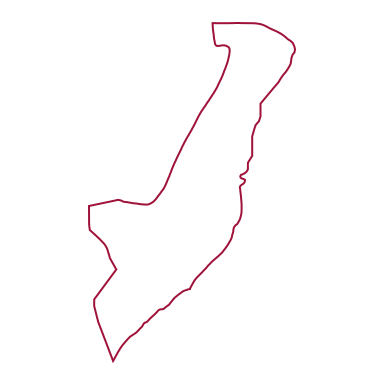 Nati', Al Bayda', Yemen
{"feature_id": "15242507B51557666361412", "entity_name": "Nati'", "entity_type": "district", "adm_level": 2, "iso_a3": "YEM", "parent_name": "Yemen", "parent_adm1": "Al Bayda'", "projection": "orthographic", "projection_center": [45.582, 14.537], "detail": "fine", "context": "isolated", "style": "outline", "palette": "rose", "viewbox_px": 384, "rotation_deg": 0, "n_neighbors": 0, "source": "geoboundaries", "source_scale": "gbopen_adm2", "svg_char_len": 4872}
<svg xmlns="http://www.w3.org/2000/svg" viewBox="0 0 384 384"><path d="M101.4,240.9L104.3,243.9L106.0,246.5L106.5,247.5L107.2,248.9L107.9,251.2L108.1,251.9L108.4,252.9L109.5,256.3L109.7,257.7L116.3,269.5L94.4,299.1L94.2,299.4L94.2,303.8L94.2,306.1L98.3,322.3L99.0,324.0L104.7,338.9L113.1,361.0L113.7,360.0L114.4,358.7L115.1,357.3L116.1,355.5L116.9,354.1L117.7,352.6L118.7,351.0L119.5,349.6L120.4,348.2L121.4,346.7L122.5,345.2L123.6,343.9L124.8,342.5L125.9,341.2L127.1,339.9L128.4,338.4L129.9,336.9L131.2,335.9L132.5,335.1L134.2,334.0L135.5,333.1L136.8,332.1L138.0,330.7L139.1,329.6L140.3,328.3L141.5,327.2L142.5,325.9L143.3,324.3L144.5,322.8L145.9,322.4L147.3,321.6L148.3,320.5L149.4,319.2L150.6,318.1L151.7,317.0L153.0,315.9L154.2,314.8L155.4,313.6L156.5,312.5L157.8,311.0L157.9,310.9L158.9,309.9L160.6,309.3L162.1,309.3L163.8,308.8L165.0,307.7L166.4,306.6L167.8,305.6L169.1,304.7L169.9,303.5L170.9,302.3L172.2,300.7L173.1,299.5L174.4,298.0L175.7,296.9L177.0,295.8L178.2,294.8L179.5,293.9L180.8,292.9L182.1,291.9L183.4,291.1L184.8,290.5L186.2,290.1L187.7,289.5L189.3,289.1L190.0,289.0L190.0,288.7L190.7,287.2L191.4,285.9L192.2,284.5L193.0,283.0L193.8,281.6L194.7,280.2L195.7,278.9L197.0,277.4L198.2,276.2L199.5,274.9L200.5,273.9L201.6,272.8L202.9,271.4L204.0,270.2L205.2,269.0L205.5,268.7L206.7,267.4L207.9,265.8L209.3,264.4L210.5,263.2L211.5,262.1L212.7,261.0L214.3,259.6L215.9,258.2L217.4,256.9L218.7,255.8L219.8,254.7L221.2,253.4L222.4,252.2L223.5,250.7L224.5,249.4L224.9,249.0L225.5,248.1L226.6,246.6L227.5,245.3L228.4,243.9L229.2,242.4L230.2,240.8L230.9,239.4L231.6,237.9L232.0,236.1L232.4,234.4L232.9,232.9L233.3,231.3L233.4,229.7L233.7,228.1L234.5,226.5L235.7,225.1L237.0,224.3L238.0,222.9L238.7,221.5L239.5,220.1L240.1,218.7L240.6,216.9L241.1,215.0L241.4,213.5L241.5,211.8L241.6,210.2L241.6,208.8L241.6,208.5L241.6,206.4L241.6,204.5L241.5,203.0L241.4,201.3L241.2,199.7L241.1,197.9L240.9,195.9L240.7,194.2L240.5,192.4L240.3,190.9L240.2,189.3L239.8,187.5L240.3,186.0L241.4,185.0L242.8,184.1L244.0,183.1L244.8,181.6L245.0,179.9L243.6,179.0L242.1,178.6L240.7,177.8L240.3,176.3L240.9,174.9L242.4,174.4L243.8,173.7L244.2,173.5L245.1,172.9L246.3,171.9L247.3,170.6L247.9,169.1L247.9,167.5L247.9,165.9L247.9,164.1L248.0,162.8L248.0,162.6L252.2,155.9L252.2,136.4L253.9,130.4L255.5,125.3L259.0,121.1L260.5,116.4L260.5,108.6L260.5,103.7L261.6,102.3L274.4,87.0L276.5,84.6L278.5,82.2L280.0,79.7L281.7,77.0L283.5,74.6L285.5,72.3L285.6,72.2L287.4,69.6L289.1,66.8L290.6,63.9L291.1,60.9L291.5,57.8L292.6,54.7L294.5,52.3L295.0,49.2L294.3,46.3L292.9,43.1L290.7,41.0L288.0,39.3L285.5,37.1L283.0,35.1L280.3,33.3L280.1,33.3L279.3,32.8L276.8,31.5L273.5,30.0L270.8,28.8L268.0,27.4L266.3,26.4L263.7,25.2L261.8,24.5L260.8,24.2L257.6,23.6L254.6,23.3L251.3,23.2L248.3,23.2L245.3,23.1L241.8,23.1L238.8,23.0L235.2,23.0L233.7,23.1L231.7,23.1L228.6,23.2L225.3,23.2L222.2,23.2L219.2,23.2L216.2,23.2L212.6,23.1L212.6,23.8L212.8,27.9L213.0,29.6L213.2,31.3L213.4,33.0L213.7,34.5L213.8,36.5L214.0,38.3L214.3,39.8L214.7,41.7L214.9,43.2L215.1,44.0L215.4,44.7L216.5,45.8L217.5,45.9L218.1,46.0L219.1,45.9L219.6,45.8L221.2,45.5L222.8,45.3L224.3,45.4L226.0,45.7L227.5,46.5L228.9,47.4L229.5,48.8L229.6,49.9L229.7,50.3L229.6,51.8L229.4,53.5L229.2,55.2L228.8,56.8L228.8,57.0L228.4,58.7L228.0,60.3L227.7,61.5L227.6,61.8L227.2,63.1L227.1,63.5L226.8,64.0L226.5,65.1L225.8,67.0L225.3,68.4L224.6,70.0L224.0,71.6L223.6,72.7L223.4,73.2L222.9,74.6L222.2,76.3L221.5,77.9L220.8,79.4L220.0,81.0L219.3,82.4L218.5,84.2L217.8,85.7L217.3,86.7L217.1,87.3L216.3,88.6L215.4,90.2L214.5,91.7L213.7,93.0L213.3,93.7L212.6,94.6L211.5,96.4L210.4,98.0L209.5,99.4L208.7,100.7L207.8,101.9L206.7,103.5L205.5,105.4L204.7,106.7L203.7,107.9L202.8,109.3L202.1,110.4L201.7,110.9L200.8,112.3L199.9,113.9L199.0,115.5L198.0,117.3L197.2,119.0L196.5,120.3L195.7,122.0L195.0,123.5L194.0,125.3L193.3,126.7L192.4,128.3L191.7,129.6L191.6,129.9L190.6,131.6L189.6,133.4L188.5,135.2L187.7,136.5L186.8,138.1L185.8,139.9L185.0,141.4L184.3,142.6L184.2,142.9L183.4,144.5L182.5,146.2L181.8,147.7L181.0,149.5L180.1,151.3L179.1,153.4L178.1,155.3L177.1,157.5L176.1,159.7L175.3,161.4L174.5,163.1L173.8,164.7L173.8,164.8L173.1,166.3L172.4,168.0L171.7,169.7L171.2,171.2L170.5,173.0L169.8,174.7L169.1,176.7L168.9,177.1L168.1,178.8L167.3,180.8L166.6,182.5L165.9,184.2L165.0,186.1L164.2,187.7L163.2,189.3L162.6,190.1L162.1,190.7L161.1,192.1L160.2,193.4L159.1,194.8L158.1,196.1L157.1,197.5L156.1,198.8L155.0,200.1L153.6,201.5L152.1,202.6L150.7,203.4L149.0,204.2L147.6,204.5L145.9,204.6L144.4,204.5L142.6,204.4L141.0,204.2L139.5,204.1L139.3,204.0L137.9,203.8L136.5,203.5L135.0,203.4L132.9,203.2L131.4,202.9L129.1,202.5L126.9,202.1L125.3,202.0L123.4,201.7L121.3,200.6L119.5,200.1L117.5,199.9L115.7,200.4L89.0,206.0L89.1,223.7L89.1,224.6L89.8,230.0L93.1,233.0L94.9,234.6L96.3,235.9L100.4,239.8L101.3,240.8L101.4,240.9Z" fill="none" stroke="#9f1239" stroke-width="2"/></svg>